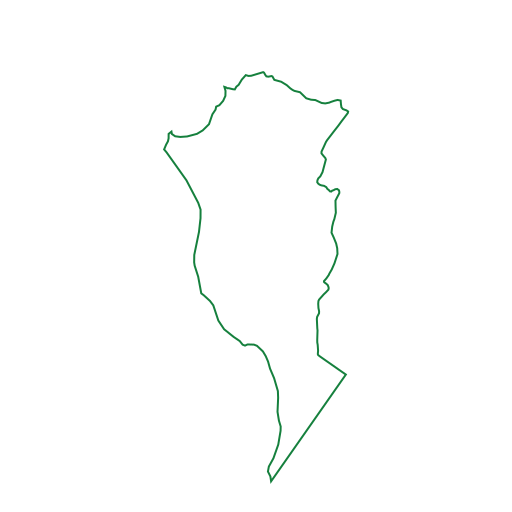 Morocco, Mercator projection, rotated 305°
{"feature_id": "MAR", "entity_name": "Morocco", "entity_type": "country or territory", "adm_level": 0, "iso_a3": "MAR", "parent_name": "Africa", "parent_adm1": "", "projection": "mercator", "projection_center": [-5.43, 31.798], "detail": "fine", "context": "isolated", "style": "outline", "palette": "green", "viewbox_px": 512, "rotation_deg": 305, "n_neighbors": 0, "source": "natural_earth", "source_scale": "50m", "svg_char_len": 2465}
<svg xmlns="http://www.w3.org/2000/svg" viewBox="0 0 512 512"><g transform="rotate(305 256 256)"><path d="M83.7,394.2L86.3,389.4L90.9,387.3L100.3,386.3L114.3,382.4L126.9,376.4L130.5,374.0L134.3,369.2L140.7,363.0L152.5,355.5L157.9,351.4L166.3,340.9L171.8,332.1L176.4,326.5L179.5,321.5L181.8,316.4L183.0,308.3L182.2,305.1L178.7,299.8L176.3,298.4L175.7,295.9L177.0,291.5L176.9,284.0L177.7,271.9L181.5,262.2L191.1,249.3L192.8,244.0L193.9,235.6L194.0,232.6L205.9,220.5L212.9,211.3L215.3,209.0L221.5,204.8L243.0,195.5L255.1,188.9L262.2,184.0L266.4,178.2L278.1,155.6L289.6,123.3L290.6,119.6L295.7,118.5L299.4,118.1L302.3,116.9L305.9,114.4L309.4,115.4L307.7,117.1L307.7,121.1L310.1,125.7L314.4,131.0L322.2,137.6L328.3,140.3L337.0,141.9L347.1,139.0L352.7,138.9L355.5,137.7L358.5,139.5L364.2,140.1L369.6,139.1L373.8,136.3L376.4,133.1L376.9,134.7L377.0,136.4L377.8,137.4L379.4,141.5L380.3,143.1L383.4,142.8L386.2,143.6L392.4,143.2L398.3,143.9L399.2,146.6L400.9,148.7L407.0,153.5L410.7,156.4L410.8,157.4L409.6,159.9L409.1,161.5L410.0,163.3L412.3,165.5L412.5,166.5L411.9,167.7L410.8,170.0L413.2,176.7L413.6,183.3L413.0,187.9L413.0,190.6L413.3,192.8L415.4,198.1L414.0,206.7L415.6,211.4L417.8,215.2L419.0,222.0L420.7,225.2L423.6,228.0L425.2,229.0L428.3,231.3L430.6,233.3L431.9,236.2L429.1,238.5L426.8,240.7L426.2,242.9L427.2,246.6L427.2,248.6L425.8,249.2L419.9,249.0L415.3,248.8L410.0,248.7L402.6,248.3L398.0,248.1L391.7,247.8L389.5,247.9L383.7,249.0L379.6,249.7L378.9,249.9L377.6,250.8L376.8,253.5L376.0,256.6L375.1,257.9L362.8,262.4L358.1,263.0L355.3,262.5L353.3,262.9L351.6,263.8L351.0,265.3L350.9,267.1L351.3,268.9L352.5,271.5L352.7,274.1L351.9,275.9L351.8,277.7L351.4,279.6L352.0,280.7L353.2,280.9L354.4,281.8L356.1,282.6L357.5,284.1L357.4,286.3L356.2,287.6L355.2,288.2L350.6,288.8L347.0,289.3L342.2,292.8L337.2,296.6L331.2,299.0L328.5,299.7L323.9,301.5L318.4,304.5L315.7,309.1L312.2,314.5L308.9,318.1L304.4,321.6L300.2,322.9L294.9,324.5L288.3,325.8L283.6,326.2L282.2,326.5L278.0,326.5L276.0,326.3L274.5,326.1L273.8,326.5L273.6,327.4L273.6,329.3L273.3,331.5L272.0,333.4L271.0,334.2L269.9,334.6L266.4,334.1L263.5,333.5L256.6,332.7L255.2,332.9L254.7,333.1L252.5,334.4L249.2,337.0L246.9,339.4L245.2,340.5L241.2,341.0L239.4,341.9L231.9,347.7L230.3,349.1L222.5,354.2L220.3,355.8L218.6,357.5L214.0,361.2L211.1,362.9L210.5,363.8L210.4,366.1L210.4,371.1L210.4,375.9L210.4,382.9L210.4,389.9L210.4,397.6L80.1,397.6L83.7,394.2Z" fill="none" stroke="#15803d" stroke-width="2"/></g></svg>